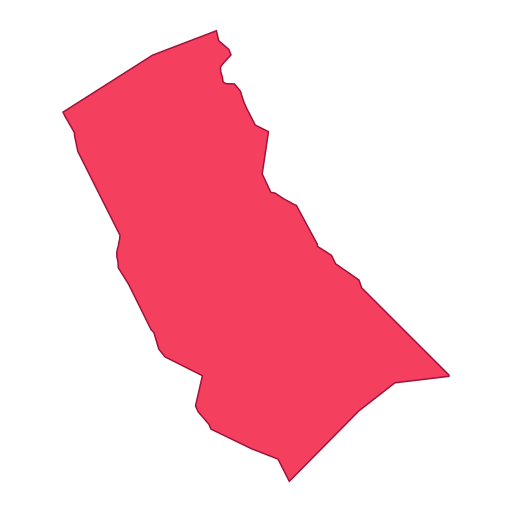 the district of Saki East, Oyo, Nigeria
{"feature_id": "59680162B31759462460359", "entity_name": "Saki East", "entity_type": "district", "adm_level": 2, "iso_a3": "NGA", "parent_name": "Nigeria", "parent_adm1": "Oyo", "projection": "mercator", "projection_center": [3.599, 8.694], "detail": "fine", "context": "isolated", "style": "filled", "palette": "rose", "viewbox_px": 512, "rotation_deg": 0, "n_neighbors": 0, "source": "geoboundaries", "source_scale": "gbopen_adm2", "svg_char_len": 916}
<svg xmlns="http://www.w3.org/2000/svg" viewBox="0 0 512 512"><path d="M63.0,112.1L64.8,115.9L74.4,132.6L74.5,135.4L77.8,151.4L119.9,235.1L120.0,236.1L119.6,237.3L119.8,238.2L119.4,240.3L118.6,243.5L118.5,245.5L117.3,249.5L116.8,252.2L116.8,256.2L118.0,262.2L118.3,267.8L128.4,283.9L151.1,329.7L153.9,332.6L158.8,349.1L165.0,356.9L202.4,375.7L195.7,405.1L195.5,406.1L198.3,412.0L209.0,424.4L210.9,429.1L251.8,448.9L278.0,459.1L289.3,481.3L359.1,410.7L394.9,382.8L448.9,376.3L449.0,375.1L361.7,287.9L359.0,280.1L358.2,279.5L335.6,263.8L331.4,255.3L317.5,246.4L317.3,244.2L296.4,205.4L294.5,204.7L283.5,198.7L275.1,193.1L270.8,192.3L262.2,173.9L268.5,131.7L255.3,125.1L246.9,108.8L243.9,102.2L240.4,91.2L237.7,87.8L234.4,83.9L226.1,83.7L223.2,82.1L222.3,76.8L220.7,71.7L220.6,66.8L223.8,62.7L231.0,54.9L228.8,49.4L218.7,40.7L216.4,30.7L152.6,55.1L63.0,112.1Z" fill="#f43f5e" stroke="#9f1239" stroke-width="1.5"/></svg>